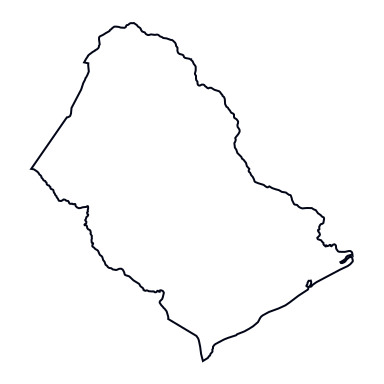 Larde, Nampula, Mozambique (Mercator projection)
{"feature_id": "85939544B26264863650897", "entity_name": "Larde", "entity_type": "district", "adm_level": 2, "iso_a3": "MOZ", "parent_name": "Mozambique", "parent_adm1": "Nampula", "projection": "mercator", "projection_center": [39.499, -16.364], "detail": "fine", "context": "isolated", "style": "outline", "palette": "ink", "viewbox_px": 384, "rotation_deg": 0, "n_neighbors": 0, "source": "geoboundaries", "source_scale": "gbopen_adm2", "svg_char_len": 5872}
<svg xmlns="http://www.w3.org/2000/svg" viewBox="0 0 384 384"><path d="M133.8,23.0L133.0,23.2L130.9,23.1L129.6,23.6L128.5,24.6L127.7,25.0L126.9,25.1L126.4,25.5L125.7,27.1L124.5,27.8L120.8,27.6L118.6,26.9L115.9,26.6L114.2,26.7L112.4,28.0L111.0,29.4L110.1,29.9L109.4,31.1L105.8,33.1L103.0,34.9L100.2,36.2L99.4,36.9L99.1,37.4L99.0,39.2L99.7,44.4L98.9,46.0L98.9,46.9L98.4,48.0L97.0,49.3L95.1,50.3L94.9,50.7L92.6,52.0L88.8,54.9L87.9,55.9L87.9,56.2L86.0,59.0L84.1,62.4L88.3,63.3L88.2,65.2L88.8,71.6L87.3,75.2L86.0,77.6L85.6,77.9L84.9,80.0L83.3,83.0L81.2,89.5L71.5,108.0L71.0,113.5L70.3,115.6L70.0,116.1L68.9,116.8L67.7,117.3L66.9,117.3L31.2,168.9L33.8,169.3L36.7,171.2L38.3,172.6L39.4,174.5L40.4,175.2L41.3,176.3L41.5,177.6L42.7,178.8L43.2,179.9L44.2,180.7L45.2,181.0L45.7,182.0L46.3,182.4L46.6,182.9L46.7,184.1L47.0,184.6L47.9,185.2L49.2,185.6L49.6,186.5L50.4,187.1L50.5,188.3L51.1,189.0L52.6,189.5L53.3,190.1L53.9,192.5L54.7,193.5L55.2,194.9L56.5,196.3L56.8,197.4L57.8,198.5L58.7,200.4L59.1,200.8L61.1,201.0L62.7,200.2L63.5,199.5L64.5,199.6L65.4,199.9L66.2,200.7L68.1,201.0L68.8,201.9L68.9,202.6L69.6,203.6L71.1,203.9L71.9,203.6L73.0,204.2L75.0,204.0L75.4,204.4L75.4,205.3L75.9,206.3L77.0,207.4L78.9,208.2L81.0,207.9L82.5,207.3L86.3,206.9L87.3,206.2L87.8,206.2L88.1,206.7L88.1,208.9L87.7,210.0L87.9,211.6L87.1,212.4L87.4,214.0L88.1,214.5L88.2,214.9L87.5,216.3L86.4,217.1L85.8,219.2L85.3,219.8L85.3,220.5L86.3,221.6L86.3,222.9L86.1,223.4L84.8,224.2L84.5,224.7L84.7,225.2L85.6,225.2L86.6,225.6L87.0,226.6L87.3,228.2L88.3,229.4L89.7,229.9L90.4,230.8L90.8,232.8L90.5,233.7L91.9,236.0L91.7,237.1L91.9,238.6L91.5,239.8L91.7,242.4L91.9,242.8L92.7,242.9L92.9,243.1L93.1,243.7L92.8,244.5L92.4,244.9L92.3,246.1L92.8,246.8L94.0,247.6L95.4,249.1L97.1,250.0L98.1,250.9L99.5,254.2L100.1,255.1L101.7,256.2L102.3,257.1L103.2,260.1L104.5,261.7L105.6,264.8L107.0,265.8L107.9,267.1L109.1,267.9L111.4,268.3L112.7,269.4L116.1,270.0L116.9,269.8L119.2,268.8L121.1,268.7L122.4,269.4L123.1,270.2L124.2,272.4L124.6,274.2L125.3,275.1L128.8,276.2L129.6,276.7L133.5,280.4L138.7,283.6L139.3,284.1L140.4,286.2L143.0,288.2L143.4,289.0L143.4,289.7L143.9,289.9L144.2,290.4L145.4,290.8L146.7,290.4L147.4,290.5L148.8,291.2L152.4,291.5L153.0,291.3L154.0,291.5L154.5,292.1L155.3,292.3L156.0,292.2L156.7,291.8L157.3,290.9L158.1,290.9L159.2,291.8L159.8,291.7L159.8,290.8L160.2,290.3L161.5,290.4L162.8,291.0L163.8,292.5L163.8,293.1L162.7,297.6L162.1,299.1L160.0,301.2L159.7,301.9L159.7,302.8L161.3,305.2L162.9,306.9L163.8,308.1L164.6,308.7L166.6,311.3L168.1,316.3L168.3,317.4L168.2,319.0L196.4,335.9L198.2,338.5L199.0,341.0L200.2,347.0L201.1,354.0L202.9,361.0L207.8,358.0L209.0,356.2L209.8,355.7L210.1,355.2L210.5,353.9L212.3,351.9L212.5,351.2L212.3,349.7L213.0,348.4L213.0,346.8L214.2,345.1L215.5,344.0L224.0,339.5L228.0,337.9L235.7,335.4L236.4,335.1L237.0,334.3L244.4,331.4L248.9,328.9L253.3,326.1L258.0,322.1L260.2,317.9L261.2,316.6L262.7,315.4L268.9,312.0L278.5,308.5L285.5,305.3L289.7,302.4L298.5,295.7L307.4,289.9L308.1,289.3L308.4,287.4L308.1,286.8L306.8,286.4L306.5,286.2L306.4,285.8L307.4,284.0L307.6,282.7L308.6,280.8L310.0,280.8L310.8,280.6L311.2,281.9L311.0,283.9L310.7,284.9L309.3,286.6L309.7,286.8L310.7,286.7L311.4,286.4L312.7,284.8L316.4,282.2L340.0,269.7L347.6,266.1L350.3,264.2L352.7,261.5L352.8,260.5L352.2,258.0L351.7,257.1L351.3,256.9L350.0,257.1L348.6,257.8L346.6,259.6L345.1,261.6L344.0,262.3L342.4,263.0L341.5,263.1L340.8,262.9L340.4,262.1L342.8,260.8L345.2,259.1L346.5,256.7L347.8,255.8L351.9,254.6L352.5,255.1L352.3,253.4L351.8,252.1L350.7,251.2L350.0,251.0L348.4,251.1L344.9,251.9L339.3,251.8L338.0,251.3L336.2,248.7L335.9,245.6L335.5,245.0L334.5,244.3L333.2,244.6L331.5,246.2L330.9,246.0L330.5,245.0L329.8,244.9L328.9,245.6L327.6,246.1L327.1,246.0L326.5,245.4L326.2,245.4L326.1,246.1L325.9,246.4L325.5,246.4L324.5,245.4L323.9,245.0L323.4,244.0L323.5,243.0L321.9,241.5L321.3,240.4L317.9,239.2L317.6,238.8L317.3,237.8L319.5,235.6L319.9,234.8L319.8,234.0L319.4,232.9L318.2,231.3L318.0,230.2L318.3,229.8L319.2,229.6L319.4,229.3L319.2,226.8L320.3,224.7L321.2,224.0L322.3,223.8L323.4,222.9L324.1,218.8L323.8,217.5L321.9,216.5L320.7,215.1L318.0,213.3L315.8,210.2L313.6,209.3L311.8,208.1L306.8,208.0L302.2,208.4L300.1,207.6L298.8,206.8L297.1,205.0L294.6,204.5L294.0,204.0L292.0,199.9L291.8,198.5L290.8,195.5L290.1,195.0L288.9,194.8L285.8,192.5L281.9,191.9L279.0,190.2L275.4,189.2L272.2,188.1L269.3,186.4L267.8,187.3L266.9,187.2L265.4,186.3L263.7,184.9L258.5,183.3L255.2,182.0L254.5,181.2L254.0,179.4L252.7,176.8L251.2,175.2L250.1,172.7L248.9,171.7L248.7,171.0L248.7,170.4L249.2,169.5L249.3,168.9L246.9,166.2L246.0,162.9L243.6,159.8L242.0,158.6L241.4,157.0L237.4,153.0L236.3,149.7L234.9,147.6L234.4,143.6L234.4,143.0L235.1,141.9L235.7,140.1L235.7,139.2L235.3,138.6L235.4,137.7L238.4,134.0L239.5,132.0L239.6,131.3L239.6,130.3L239.3,129.3L237.6,126.8L237.4,124.9L238.0,123.2L238.1,121.6L237.7,120.8L236.6,119.3L234.4,117.9L234.0,117.0L234.0,114.5L233.1,113.6L231.1,112.6L229.9,110.5L228.7,109.1L227.9,107.7L226.4,106.7L225.1,104.0L224.8,99.1L224.1,97.2L222.6,95.9L222.4,95.1L221.0,93.5L220.2,92.2L219.0,91.2L214.4,89.8L211.2,87.8L209.3,87.8L208.6,88.3L207.5,88.1L206.5,87.2L206.3,86.9L205.3,86.4L204.2,85.0L203.2,84.6L201.8,84.6L199.8,85.6L198.9,85.5L198.0,84.9L197.6,84.0L197.4,81.6L196.2,80.0L196.0,78.4L196.0,75.8L195.1,74.4L194.9,73.6L195.7,70.6L195.7,66.8L195.4,66.0L193.7,63.8L192.7,61.4L191.1,59.9L191.1,59.6L190.9,59.7L189.6,58.8L185.3,58.0L184.1,57.2L183.4,55.4L182.6,54.8L179.4,53.9L178.1,52.8L177.6,51.5L177.4,50.4L177.5,48.7L177.4,47.5L176.2,46.1L175.8,44.1L175.1,42.7L172.9,40.6L172.2,40.1L170.5,39.8L166.6,38.4L163.2,38.0L162.2,37.2L159.9,36.3L158.6,35.1L157.8,34.7L156.9,34.6L154.8,34.9L151.0,34.4L148.9,35.0L147.9,35.0L146.7,34.5L146.0,34.1L144.7,32.4L142.4,31.6L141.3,30.4L140.6,28.6L140.0,27.9L137.9,26.5L136.9,25.1L133.8,23.0Z" fill="none" stroke="#020617" stroke-width="2"/></svg>